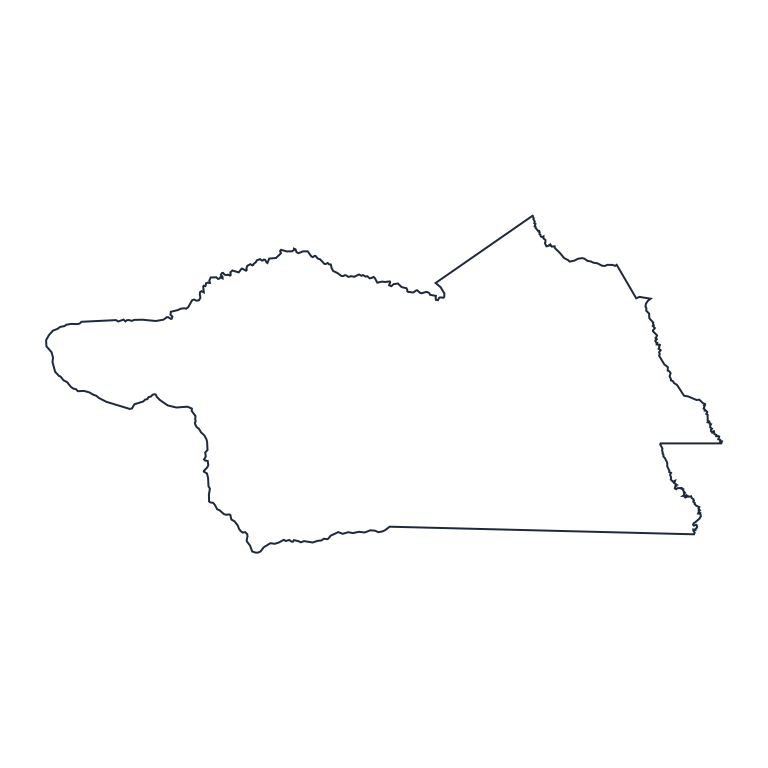 Villagarzón, Putumayo, Colombia (Mercator projection)
{"feature_id": "7082276B38703124782657", "entity_name": "Villagarzón", "entity_type": "district", "adm_level": 2, "iso_a3": "COL", "parent_name": "Colombia", "parent_adm1": "Putumayo", "projection": "mercator", "projection_center": [-76.667, 0.922], "detail": "fine", "context": "isolated", "style": "outline", "palette": "slate", "viewbox_px": 768, "rotation_deg": 0, "n_neighbors": 0, "source": "geoboundaries", "source_scale": "gbopen_adm2", "svg_char_len": 6098}
<svg xmlns="http://www.w3.org/2000/svg" viewBox="0 0 768 768"><path d="M721.3,443.4L721.9,441.3L721.1,441.2L721.1,442.5L720.6,442.8L720.1,442.1L720.2,439.8L718.3,439.3L719.2,436.6L718.5,436.1L716.2,436.2L716.3,434.9L714.3,434.0L714.0,431.2L713.3,431.2L712.2,432.6L710.9,430.9L710.9,429.7L712.0,428.7L710.2,427.3L710.2,425.7L711.0,424.2L709.7,423.8L709.7,422.6L707.8,422.3L708.8,421.2L707.7,420.7L707.6,414.7L706.3,413.9L707.3,412.0L706.0,410.7L704.7,410.6L704.9,409.6L703.6,408.5L704.5,406.5L704.0,405.6L705.1,404.9L704.9,403.9L703.2,403.4L699.3,399.7L696.6,400.0L688.3,396.5L684.0,395.7L677.0,384.9L674.0,383.0L672.9,381.1L670.9,380.4L671.0,379.3L669.6,376.4L670.6,373.1L669.4,371.4L667.7,370.6L667.9,367.2L664.3,364.4L659.1,355.7L659.7,354.1L659.1,352.2L660.7,350.2L658.6,348.8L659.3,348.0L659.1,346.6L660.4,344.2L659.8,344.8L656.7,344.5L657.2,342.8L656.1,342.6L655.3,340.9L656.1,340.0L655.7,338.6L656.5,338.8L656.0,337.8L657.1,335.4L653.0,331.3L653.1,330.2L654.9,328.1L652.8,326.0L653.8,325.2L653.0,323.7L653.3,322.7L649.3,318.2L649.1,313.5L646.3,310.8L646.3,307.9L645.5,306.7L645.9,303.7L648.0,300.7L650.6,298.7L639.5,296.9L636.2,298.3L616.7,264.8L615.3,265.9L612.5,264.9L607.3,264.9L604.7,266.0L602.0,265.7L597.4,263.3L593.4,262.7L591.0,261.5L587.5,260.9L584.3,258.6L582.3,258.1L577.8,258.8L574.7,260.5L569.7,261.6L568.2,260.2L564.0,258.0L560.3,253.4L554.8,247.9L554.6,246.3L551.8,246.6L550.4,244.6L550.0,245.5L549.2,245.1L547.8,246.1L546.4,246.3L544.9,243.1L545.5,242.0L545.4,239.9L543.5,238.5L543.5,236.4L542.3,237.1L540.8,236.5L540.4,234.8L539.5,234.2L539.7,232.2L538.7,231.7L539.0,230.9L537.9,230.7L535.6,227.9L535.6,226.9L534.6,226.4L535.5,224.0L534.3,223.3L534.8,221.6L533.4,219.1L533.7,218.3L532.7,216.3L533.2,215.3L435.6,283.0L440.6,287.2L444.3,293.3L444.3,296.5L443.6,297.7L439.9,297.4L439.1,297.9L437.9,300.2L436.0,299.9L435.6,298.3L435.9,295.9L430.1,294.8L429.3,293.2L427.5,292.1L426.1,291.9L421.6,293.3L419.8,292.7L417.3,290.3L416.5,290.3L413.2,292.5L408.1,291.9L407.3,291.3L407.3,289.9L406.4,288.2L401.6,287.1L397.9,283.5L393.6,284.2L391.3,286.2L389.1,285.3L390.2,282.1L389.7,281.4L385.0,282.0L382.1,281.6L377.3,282.7L374.8,278.0L373.4,276.9L371.5,278.0L369.7,278.3L367.2,276.2L365.6,276.6L363.0,275.1L361.5,275.8L358.9,274.5L354.3,276.8L351.3,276.2L348.4,276.9L346.2,275.4L344.8,275.2L343.1,276.1L341.3,275.9L337.6,273.1L333.2,271.0L331.6,268.1L330.8,264.5L329.2,264.4L327.7,263.0L325.5,264.1L324.3,263.8L320.1,259.3L317.8,258.6L315.5,255.9L314.4,256.0L312.9,257.1L311.4,256.5L307.7,251.3L303.3,251.3L298.3,253.2L296.5,252.1L295.5,249.3L294.0,248.7L294.0,250.0L292.0,251.3L286.7,251.4L281.0,249.8L280.1,251.0L281.0,253.0L280.4,253.8L276.0,258.0L269.2,258.6L267.4,263.0L266.5,262.4L265.1,259.8L263.8,259.6L262.7,260.5L261.8,260.5L259.9,259.1L256.7,260.4L256.1,261.9L253.4,264.2L253.1,265.1L252.4,265.4L250.3,264.2L247.3,265.8L246.4,268.3L246.8,269.8L246.0,270.7L242.2,268.6L241.7,268.6L238.7,272.4L232.4,270.5L230.4,272.4L230.7,275.0L230.0,275.6L228.0,274.6L226.7,275.1L224.5,274.7L223.2,272.9L221.9,273.1L220.8,274.9L222.6,277.0L222.6,278.4L220.4,277.3L219.2,278.7L218.0,278.9L216.4,277.3L210.7,277.5L209.3,280.6L209.9,283.0L207.3,282.7L206.2,283.1L205.4,286.1L203.7,285.7L203.2,286.6L203.8,292.4L201.5,291.2L200.0,292.2L199.8,294.6L200.4,297.6L199.1,300.2L196.6,300.7L194.0,299.5L192.1,300.3L188.2,307.2L186.2,308.7L184.5,308.3L181.0,308.6L178.0,310.0L170.8,311.8L170.5,314.8L172.4,316.6L171.7,318.7L170.8,318.9L168.2,317.2L167.1,317.1L163.4,319.7L155.8,321.0L142.4,319.7L134.2,319.9L131.9,320.9L128.8,320.0L126.9,320.2L125.4,321.4L123.6,319.6L118.2,321.5L116.0,320.1L81.4,321.8L80.0,323.3L78.0,324.1L70.9,323.9L66.2,324.8L64.5,326.1L60.2,326.9L57.5,328.9L53.0,330.6L49.0,335.0L46.1,340.2L46.4,346.3L51.6,352.3L53.0,357.7L52.5,362.1L55.1,371.7L59.0,376.0L60.5,376.5L63.4,380.2L67.2,382.2L70.7,386.7L73.3,388.6L76.0,389.2L77.8,391.2L83.9,390.9L89.4,392.4L93.2,394.7L96.2,395.7L98.8,397.9L106.3,401.8L129.6,408.9L131.9,408.5L134.4,404.3L143.2,401.5L145.3,399.5L147.3,399.2L148.6,397.1L150.8,396.6L152.5,394.8L154.4,394.2L155.8,394.6L156.9,397.0L160.0,400.1L167.7,405.4L176.3,407.5L187.5,406.7L191.9,408.6L191.7,411.0L195.5,416.1L195.2,419.3L195.7,421.2L194.9,422.7L195.1,424.1L196.6,427.0L199.1,429.0L201.0,432.3L204.4,435.5L206.4,439.2L207.1,441.9L207.5,450.0L205.2,452.6L205.8,456.5L204.0,459.4L204.9,460.4L207.7,461.0L208.3,465.1L207.2,467.5L204.1,470.6L203.8,471.6L207.0,473.5L208.1,478.2L208.5,486.2L209.9,488.7L208.9,494.5L209.1,501.5L210.2,502.4L213.1,502.8L214.9,505.0L217.2,509.3L219.6,510.3L223.9,514.1L226.3,514.8L229.0,514.4L230.3,514.9L231.4,519.5L234.6,521.4L237.8,525.6L239.0,528.8L240.5,530.9L242.6,532.6L245.1,532.1L247.2,534.1L247.5,536.3L246.7,540.1L246.9,541.5L250.0,545.5L252.2,551.5L256.0,552.7L258.0,552.6L260.6,551.4L263.7,547.3L270.4,543.2L274.7,543.8L278.4,542.7L283.9,539.8L285.7,541.0L289.3,540.0L291.7,541.7L292.9,541.7L294.0,540.1L298.5,541.2L300.8,542.3L304.1,541.1L312.6,542.5L317.8,540.8L321.3,540.5L324.0,538.7L327.0,539.2L328.0,538.9L330.8,535.6L338.3,532.1L342.6,533.8L348.4,532.2L352.9,533.1L358.9,531.8L364.6,532.5L370.4,530.3L375.1,530.7L378.4,532.2L382.5,531.4L384.9,530.3L389.7,526.7L694.0,534.3L694.7,532.6L693.4,530.8L693.3,529.5L695.5,530.0L695.6,528.7L696.5,528.3L697.2,526.7L696.4,524.9L693.9,525.6L693.0,524.7L694.0,522.9L695.0,522.5L699.6,518.5L700.9,516.1L700.3,513.8L698.1,513.5L698.5,512.7L699.6,512.3L698.8,511.7L698.7,510.6L699.8,510.1L698.5,508.7L699.3,507.1L696.2,505.7L694.6,504.0L694.8,503.0L693.5,502.1L693.3,501.2L693.9,500.6L693.4,499.2L691.6,497.9L691.1,496.3L688.9,496.7L686.8,495.4L687.1,496.8L685.2,497.5L684.8,497.0L685.6,496.0L683.0,495.9L684.2,495.1L683.9,493.1L684.9,492.7L683.1,490.5L683.3,489.2L681.5,488.8L681.6,488.0L677.3,488.2L676.2,489.2L674.8,488.4L675.4,486.0L676.3,485.8L676.0,485.0L676.7,484.8L674.2,483.1L675.0,480.8L673.1,481.8L670.8,479.5L671.1,477.5L670.1,474.8L671.0,472.8L669.3,472.2L669.3,470.6L667.3,466.5L667.2,462.7L664.9,458.1L663.4,456.5L663.5,454.8L662.5,453.2L662.7,452.3L662.1,450.5L662.4,448.4L660.2,444.4L660.6,443.4L721.3,443.4Z" fill="none" stroke="#1e293b" stroke-width="2"/></svg>